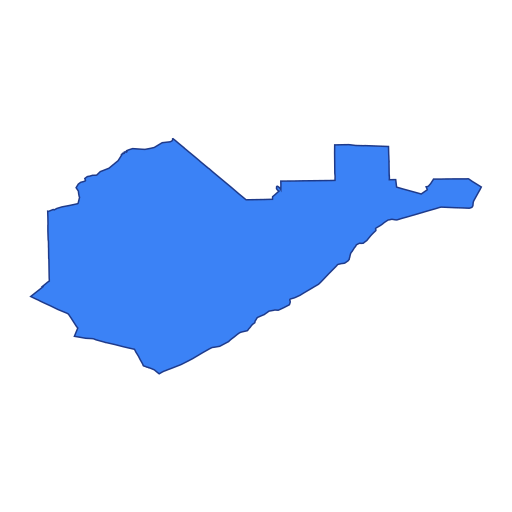 outline of Vīksnas pag., Balvu, Latvia
{"feature_id": "27541924B75999158196044", "entity_name": "Vīksnas pag.", "entity_type": "district", "adm_level": 2, "iso_a3": "LVA", "parent_name": "Latvia", "parent_adm1": "Balvu", "projection": "equal_earth", "projection_center": [27.422, 57.224], "detail": "fine", "context": "isolated", "style": "filled", "palette": "blue", "viewbox_px": 512, "rotation_deg": 0, "n_neighbors": 0, "source": "geoboundaries", "source_scale": "gbopen_adm2", "svg_char_len": 5817}
<svg xmlns="http://www.w3.org/2000/svg" viewBox="0 0 512 512"><path d="M172.6,138.2L172.7,139.4L172.3,140.5L171.7,141.1L170.1,141.8L162.2,142.7L159.5,144.3L154.2,147.5L150.7,148.3L145.0,149.4L141.2,149.2L135.6,148.8L132.6,148.6L129.1,149.7L126.8,150.6L127.0,150.8L126.9,151.2L127.0,151.5L126.8,151.8L126.5,151.7L126.3,151.8L126.1,152.1L125.7,151.8L125.0,151.8L124.9,152.0L124.5,152.2L124.3,152.2L124.3,152.8L124.0,152.8L123.8,152.9L123.9,153.4L123.4,153.6L123.1,153.5L122.7,153.3L122.4,153.6L122.2,154.0L121.5,154.5L121.4,154.7L121.7,155.0L118.1,160.7L113.2,164.7L109.0,168.2L103.7,170.3L100.3,171.6L96.9,174.9L96.4,175.2L92.5,175.3L90.5,175.9L90.1,176.1L88.2,176.4L87.3,176.6L84.8,178.5L85.5,180.4L85.2,180.9L83.8,181.5L80.7,182.3L78.3,184.1L76.1,187.7L78.4,191.1L78.4,191.3L78.6,193.2L78.7,194.0L79.2,196.5L79.6,197.2L78.1,203.3L77.8,203.6L76.8,203.9L69.3,205.5L61.9,206.9L56.7,208.5L54.4,209.8L54.1,209.9L53.6,209.6L53.2,209.5L48.7,211.3L48.2,211.3L47.7,211.2L47.9,217.8L48.0,224.2L47.9,225.3L47.9,230.9L48.1,237.6L48.2,240.2L48.4,240.6L48.5,243.6L48.5,246.8L48.6,248.8L48.6,250.9L48.7,258.5L48.9,259.1L49.0,266.7L49.2,277.9L49.3,279.7L49.3,281.1L48.7,281.4L47.2,282.5L46.3,283.3L43.2,285.8L42.2,286.6L42.8,286.9L30.7,296.5L36.5,299.3L38.2,300.0L40.6,301.3L44.0,302.9L50.6,305.9L57.7,309.4L66.9,313.2L68.0,313.8L68.5,314.2L71.2,318.2L76.5,326.5L77.8,328.0L74.4,336.3L85.9,338.3L86.1,338.3L92.0,338.6L93.6,338.8L96.0,339.8L104.7,342.2L105.4,342.5L106.8,342.7L115.1,344.6L123.2,346.7L129.2,348.1L134.5,349.3L136.0,352.3L136.6,353.2L138.5,356.3L140.0,359.3L142.7,364.1L143.2,365.5L143.4,365.8L144.4,366.2L145.3,366.4L146.1,366.8L146.4,367.0L147.3,367.2L148.1,367.4L148.8,367.6L149.0,367.7L149.0,367.8L149.3,367.8L149.5,367.9L151.6,368.7L152.0,368.9L154.0,369.7L154.4,369.9L156.5,371.7L159.0,373.7L159.2,373.8L160.2,373.2L162.3,372.0L163.1,371.6L163.9,371.2L165.6,370.6L167.8,369.7L171.3,368.4L180.5,364.8L181.6,364.3L191.0,359.5L192.7,358.6L194.7,357.4L198.1,355.4L199.9,354.3L203.3,352.3L209.5,348.8L211.7,347.7L212.1,347.5L214.4,347.2L219.7,346.3L220.1,346.1L228.0,341.9L228.3,341.8L228.6,341.6L229.9,340.3L231.7,338.8L234.0,337.1L237.4,334.3L239.1,333.1L239.4,332.9L240.4,332.4L241.0,332.2L241.7,332.0L244.2,331.4L246.9,330.8L247.3,330.7L247.6,330.4L247.9,330.1L248.8,328.8L250.0,327.5L250.7,326.6L251.3,325.7L251.8,325.2L252.4,324.5L252.9,324.1L254.4,323.0L254.6,322.8L254.8,322.7L255.1,321.1L255.2,320.9L256.1,319.6L256.4,319.0L256.6,318.6L256.8,318.4L257.0,318.0L257.0,317.9L257.3,317.7L257.8,317.3L258.5,317.0L258.8,316.9L259.2,316.7L262.2,315.4L264.4,314.5L264.9,314.1L265.1,313.9L267.3,312.4L268.9,311.2L269.1,311.1L273.7,310.3L274.1,310.2L274.7,310.0L274.9,310.0L278.1,310.2L278.3,310.2L278.5,310.1L279.4,309.7L282.0,308.5L284.1,307.5L289.3,304.8L289.4,304.7L289.5,304.5L290.1,302.6L290.2,302.0L290.2,301.6L290.1,300.9L290.0,300.6L289.8,300.4L289.8,300.1L289.8,299.9L289.8,299.5L290.0,299.3L290.2,299.1L290.4,299.0L294.5,297.8L296.1,297.1L298.5,296.0L300.0,295.3L303.7,293.0L314.0,286.9L318.3,284.4L318.7,284.1L320.5,282.4L323.0,279.8L328.3,274.2L336.1,266.3L336.7,265.7L337.3,264.9L337.7,264.6L338.0,264.4L341.3,263.6L342.3,263.5L343.9,263.3L344.7,263.1L344.9,263.0L345.8,262.4L347.5,261.2L348.1,260.8L348.4,260.3L348.8,259.9L349.2,259.4L349.2,259.2L349.3,258.8L349.4,258.1L349.5,257.8L349.8,257.0L350.0,255.7L350.3,254.8L350.4,254.2L350.7,253.3L351.4,252.2L352.2,251.3L352.6,250.5L352.7,250.4L353.0,250.0L353.5,249.2L354.2,248.0L355.4,246.6L355.6,246.3L356.0,245.6L356.2,245.1L356.3,244.9L356.8,244.6L357.6,244.2L358.3,243.8L359.1,243.4L359.3,243.4L359.7,243.2L359.9,243.3L360.7,243.3L361.0,243.4L362.3,243.3L363.3,243.2L363.5,243.1L364.2,242.4L364.9,241.9L366.0,241.1L366.7,240.6L367.4,239.8L368.0,239.0L370.6,235.8L371.9,234.4L373.9,232.4L375.6,230.8L375.8,230.5L375.9,230.3L375.9,230.1L375.9,229.8L375.5,228.9L375.6,228.7L375.7,228.4L376.1,228.0L380.5,225.4L381.7,224.6L383.1,223.5L383.4,223.2L384.2,222.6L384.6,222.3L385.2,221.9L385.8,221.5L387.5,220.4L388.0,220.1L388.4,219.9L389.6,219.8L391.0,219.4L391.7,219.3L392.2,219.3L392.8,219.4L395.1,219.8L396.3,219.9L396.7,219.9L397.3,219.8L402.5,218.2L406.2,217.2L429.5,210.4L435.5,208.7L439.7,207.4L440.7,207.2L441.4,207.1L455.0,207.7L462.0,207.9L469.0,208.2L469.9,208.1L471.0,207.6L471.3,207.6L471.6,207.5L472.1,207.1L472.5,206.5L472.9,205.7L473.2,202.4L473.7,200.9L478.4,192.4L480.0,189.6L481.3,187.0L476.0,183.7L473.4,182.1L472.9,181.8L472.1,181.3L469.7,179.6L469.8,179.6L469.5,179.5L469.1,179.2L468.4,178.8L467.1,178.8L466.8,178.9L466.2,178.9L463.7,178.9L460.1,178.9L458.6,178.9L455.7,178.9L454.2,178.9L443.4,179.0L441.3,179.1L433.5,179.1L432.7,180.5L432.2,181.2L431.3,182.6L430.8,183.4L430.6,183.7L429.9,184.5L428.9,185.6L428.4,186.2L428.3,186.3L428.0,186.4L426.1,186.8L427.3,189.5L427.1,189.9L421.2,194.0L420.2,193.7L414.8,192.2L403.1,189.0L396.6,187.1L395.7,179.6L389.3,179.7L389.4,178.1L389.3,175.5L389.2,175.5L389.1,171.3L389.1,169.5L389.0,162.0L389.1,161.9L388.9,159.3L388.8,156.1L388.7,154.3L388.5,146.5L383.3,146.3L364.9,145.6L363.9,145.7L356.5,145.5L355.9,145.5L351.1,144.9L349.4,144.7L348.0,144.6L347.1,144.7L344.5,144.7L335.1,144.9L334.7,144.9L334.6,152.7L334.7,162.1L334.8,173.1L335.1,176.1L335.0,180.4L331.6,180.5L322.7,180.6L306.2,180.8L304.6,180.8L294.2,181.0L292.9,181.0L280.8,181.1L280.9,185.2L280.8,189.6L280.3,188.7L279.6,187.8L278.4,186.8L277.6,186.3L277.0,186.3L276.6,186.7L276.5,188.6L277.2,189.7L278.3,190.7L279.0,191.1L274.4,195.2L272.6,196.7L272.5,199.3L267.8,199.4L264.9,199.5L252.6,199.7L246.1,199.8L238.8,193.8L231.5,187.5L225.0,182.1L217.9,176.2L212.4,171.6L209.0,168.6L208.3,168.2L200.0,161.3L199.4,160.7L194.9,156.9L189.7,152.6L189.4,152.4L186.8,150.2L184.0,147.9L184.0,147.7L182.7,146.7L178.8,143.5L175.1,140.3L174.9,140.2L173.5,139.1L172.7,138.4L172.6,138.2Z" fill="#3b82f6" stroke="#1e3a8a" stroke-width="1.5"/></svg>